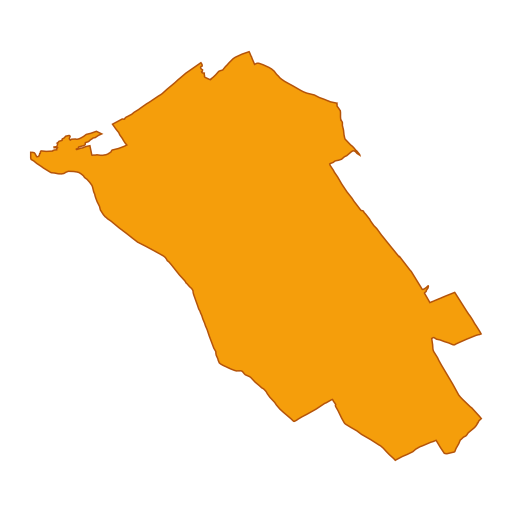 the district of Dobretu, Olt, Romania
{"feature_id": "2599482B33788431335920", "entity_name": "Dobretu", "entity_type": "district", "adm_level": 2, "iso_a3": "ROU", "parent_name": "Romania", "parent_adm1": "Olt", "projection": "robinson", "projection_center": [23.941, 44.491], "detail": "fine", "context": "isolated", "style": "filled", "palette": "amber", "viewbox_px": 512, "rotation_deg": 0, "n_neighbors": 0, "source": "geoboundaries", "source_scale": "gbopen_adm2", "svg_char_len": 5913}
<svg xmlns="http://www.w3.org/2000/svg" viewBox="0 0 512 512"><path d="M458.7,395.0L452.6,383.9L441.3,364.9L438.7,360.2L437.6,357.8L433.6,351.4L433.1,349.9L432.9,348.9L432.6,344.6L431.7,338.5L433.2,337.6L434.1,337.6L436.5,339.2L440.0,339.9L444.4,341.6L448.6,342.9L452.8,344.7L454.0,344.9L454.8,344.7L455.7,344.1L458.7,342.7L466.6,339.2L476.0,335.4L478.4,334.7L479.4,334.6L481.1,333.9L479.9,331.7L476.5,326.3L474.6,323.5L472.4,319.6L470.0,315.9L468.8,314.4L466.8,311.4L455.2,293.1L454.7,292.4L445.9,295.9L429.9,302.6L424.6,293.4L424.5,293.1L424.6,292.7L426.1,291.5L426.5,290.1L428.0,288.0L428.4,286.2L428.3,285.9L428.0,285.9L426.2,287.6L424.7,288.6L423.4,289.3L422.7,289.5L422.2,289.3L411.2,271.4L409.9,270.0L399.5,256.5L399.1,256.8L398.9,256.6L385.6,240.2L384.2,238.4L381.4,235.0L376.7,228.5L373.8,225.6L370.7,221.2L369.6,219.2L365.7,214.2L364.0,212.4L363.6,211.4L362.9,210.8L361.2,210.5L360.4,209.7L356.0,203.9L354.1,201.5L351.9,198.1L346.9,191.8L341.7,184.0L337.6,176.9L334.3,172.1L333.4,170.3L330.2,165.5L329.7,164.0L330.3,163.5L333.0,162.5L335.2,160.9L338.7,160.2L341.6,159.2L344.5,156.7L346.7,155.7L351.2,151.9L352.5,151.0L353.6,150.8L354.6,151.1L355.6,151.8L357.0,153.4L359.8,155.2L359.6,154.5L356.9,151.1L355.7,150.1L354.0,148.0L352.5,146.4L350.5,144.8L348.4,142.6L345.1,139.1L344.8,138.5L344.0,134.8L343.5,130.1L342.4,125.5L342.4,122.6L341.9,121.4L340.9,120.2L341.1,120.0L340.7,119.3L340.5,117.0L340.5,112.6L340.3,110.7L339.4,109.5L338.9,108.6L337.2,106.3L337.0,105.9L337.1,104.7L336.7,103.7L337.0,103.2L330.3,101.8L323.7,99.1L319.2,97.5L314.4,95.0L306.7,93.1L303.4,91.8L300.7,90.4L294.3,86.7L287.4,82.9L284.7,81.4L281.5,79.2L279.6,77.6L278.6,76.3L277.2,75.0L276.2,73.9L274.2,71.2L271.6,69.0L268.9,67.4L263.2,64.8L259.6,63.5L258.3,63.2L257.4,63.2L256.5,63.4L254.6,64.4L251.9,58.1L251.6,57.0L250.9,55.8L249.8,53.1L249.1,51.7L242.1,54.1L235.4,57.2L233.7,58.3L232.8,59.0L229.1,62.7L226.7,65.4L225.6,66.4L222.7,70.0L220.0,70.8L218.7,71.4L215.7,74.8L213.2,77.2L210.7,79.1L211.0,79.2L210.5,79.7L209.2,79.3L205.6,77.6L204.9,77.2L204.5,76.7L204.5,75.2L204.2,74.4L204.3,73.1L202.4,72.9L201.8,72.3L201.6,71.7L202.4,71.2L202.4,70.5L202.6,70.0L202.5,69.7L201.8,69.4L201.0,68.7L200.7,68.0L200.6,67.2L200.9,66.7L202.1,66.1L202.2,65.1L201.5,63.5L200.9,62.7L185.8,73.2L180.2,78.0L178.1,79.7L174.9,82.7L167.2,89.1L162.1,93.7L160.7,94.7L158.5,96.0L149.0,102.4L146.6,103.8L140.5,108.1L138.8,109.4L134.1,112.3L131.7,114.3L125.9,117.3L125.1,118.0L124.5,119.1L124.0,119.2L122.8,119.0L122.2,119.0L112.5,124.2L115.8,128.9L117.7,131.3L118.7,132.5L119.8,134.9L122.5,138.7L123.0,139.7L125.1,143.0L126.8,145.0L124.3,146.3L118.4,148.5L112.3,150.0L111.6,150.5L111.3,151.4L110.9,152.0L110.2,152.4L109.7,152.9L108.7,153.4L107.9,154.0L105.8,154.8L104.1,155.0L102.9,155.3L100.6,155.3L97.0,154.8L95.1,155.1L93.2,155.1L92.1,155.3L91.8,155.0L89.9,145.7L85.7,146.6L82.7,147.9L80.5,148.3L76.9,149.5L76.5,149.5L76.3,149.3L76.3,149.0L76.5,148.9L78.1,148.4L78.5,148.1L78.5,147.2L78.7,146.9L83.1,145.8L84.7,145.1L85.3,144.3L85.2,143.1L85.5,142.6L88.0,141.8L88.9,141.3L90.4,139.8L91.8,139.0L93.3,137.9L95.2,137.6L98.4,135.4L101.7,133.9L96.4,131.3L90.8,133.3L86.3,134.4L83.5,136.5L81.2,137.8L79.1,138.8L77.1,139.3L76.1,139.2L75.5,139.0L71.9,139.2L71.3,139.3L70.7,139.9L70.3,140.1L69.6,139.4L69.3,138.6L69.7,137.4L70.1,136.6L69.8,135.8L69.3,135.5L68.9,135.5L65.7,136.2L64.1,138.0L62.3,138.9L62.1,139.3L62.2,140.1L62.0,140.4L59.0,141.3L58.2,142.3L57.1,143.1L57.6,143.4L57.7,143.8L56.9,146.5L56.5,146.7L54.0,147.0L54.1,147.7L57.4,147.7L56.7,149.0L56.7,149.8L54.4,150.0L53.0,150.5L52.7,151.0L52.2,151.1L46.2,151.4L41.3,150.9L40.8,151.1L40.5,151.6L40.3,153.2L39.7,153.5L39.5,154.7L39.2,155.4L38.8,156.1L38.0,156.6L37.0,156.8L36.6,156.6L35.1,153.8L34.3,152.8L32.8,152.4L30.7,152.3L30.7,157.9L30.9,158.8L31.2,159.5L33.7,160.9L36.7,163.4L41.1,166.3L43.4,168.0L50.6,172.4L51.3,172.7L54.4,173.0L58.3,173.8L61.4,173.9L63.8,173.5L66.2,172.1L68.4,171.3L73.8,171.5L77.1,172.0L79.1,172.6L81.4,174.1L83.2,175.6L83.7,176.2L84.1,176.9L84.9,177.8L87.0,179.3L89.7,182.3L92.0,185.5L92.6,187.2L93.7,191.8L94.8,194.4L95.0,195.6L95.6,197.6L97.1,201.6L99.5,206.4L100.4,210.0L103.4,214.7L105.3,216.9L105.9,217.2L107.7,218.9L110.6,220.8L119.3,228.0L127.5,234.2L132.0,237.8L137.7,242.2L146.0,246.4L157.8,252.8L163.5,256.0L165.1,257.3L166.2,258.7L167.3,260.7L168.9,261.9L171.4,264.8L179.3,274.8L184.7,280.7L185.6,282.0L186.0,282.9L186.7,283.4L189.5,286.6L191.6,288.5L192.8,290.3L193.0,290.9L193.2,292.9L193.7,294.7L197.6,305.6L198.7,308.9L199.9,311.0L200.6,313.0L201.8,315.6L202.9,319.1L204.6,323.1L205.5,325.9L207.2,329.8L209.1,335.6L213.8,348.1L215.8,351.6L215.9,353.5L216.2,355.1L216.6,356.1L217.8,358.7L218.2,360.3L219.3,362.9L220.8,364.1L223.1,365.4L230.6,368.9L234.5,370.4L236.3,370.9L240.7,370.8L241.9,371.1L242.7,371.8L244.5,374.0L245.4,374.8L249.5,376.6L250.7,377.4L255.2,382.2L258.7,385.1L261.8,387.9L263.5,388.8L265.0,390.3L266.2,391.7L267.3,393.7L269.9,397.3L274.7,402.4L276.4,405.0L279.9,409.1L283.4,412.3L290.8,418.6L293.4,421.1L293.8,421.3L294.5,421.3L296.6,420.2L298.3,419.0L302.0,416.8L307.2,414.1L316.1,409.1L324.8,403.3L326.0,402.9L331.6,399.7L332.2,399.5L332.4,399.7L332.6,399.6L333.4,401.1L335.7,404.4L335.4,405.3L335.6,406.4L338.0,410.6L341.6,418.1L344.2,422.7L344.8,423.5L345.8,424.3L350.7,427.3L356.8,430.8L361.4,434.3L370.8,439.7L379.2,445.1L380.4,445.7L383.3,448.2L386.2,451.4L389.3,454.6L393.6,458.5L395.3,460.3L396.1,459.8L402.3,456.5L407.3,454.4L412.8,451.7L415.7,449.2L419.8,446.8L422.5,445.8L430.9,442.2L433.0,441.6L436.1,440.3L440.4,447.5L444.3,453.3L446.0,453.7L447.1,453.7L454.2,452.0L454.8,451.6L456.0,448.5L458.8,443.6L459.6,441.6L460.4,439.8L461.0,439.5L463.4,437.2L465.9,435.9L466.9,434.8L467.9,433.2L468.7,432.4L474.6,427.5L476.2,425.6L477.8,423.0L477.6,422.9L478.3,422.1L479.1,420.5L479.8,420.0L481.3,418.6L479.6,416.5L471.7,407.8L470.4,406.9L462.5,399.3L460.5,397.2L458.7,395.0Z" fill="#f59e0b" stroke="#b45309" stroke-width="1.5"/></svg>